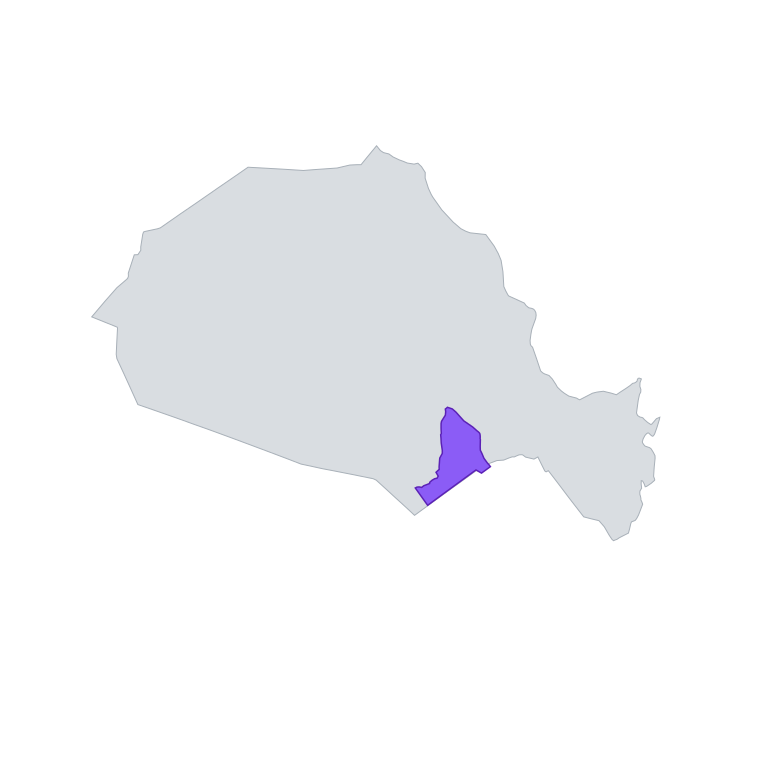 Tassara, Tahoua, Niger shown in context, rotated 234°
{"feature_id": "23599985B43997741220428", "entity_name": "Tassara", "entity_type": "district", "adm_level": 2, "iso_a3": "NER", "parent_name": "Niger", "parent_adm1": "Tahoua", "projection": "orthographic", "projection_center": [5.154, 17.489], "detail": "fine", "context": "in_parent", "style": "filled", "palette": "violet", "viewbox_px": 768, "rotation_deg": 234, "n_neighbors": 0, "source": "geoboundaries", "source_scale": "gbopen_adm2", "svg_char_len": 4001}
<svg xmlns="http://www.w3.org/2000/svg" viewBox="0 0 768 768"><g transform="rotate(234 384 384)"><path d="M581.1,518.0L575.0,518.3L571.5,519.6L567.2,523.2L562.3,524.8L556.3,528.1L552.6,530.6L549.1,532.7L544.2,537.6L542.7,541.2L537.8,542.1L530.9,541.7L526.4,538.3L516.1,534.9L509.5,533.6L506.4,533.3L490.9,533.1L474.3,535.1L465.9,537.1L464.4,537.5L459.6,539.9L455.7,542.5L445.1,554.2L430.8,554.2L422.3,553.1L415.2,551.4L404.9,546.2L392.4,538.2L387.6,537.2L383.2,536.6L381.8,536.7L367.0,545.1L364.1,545.0L360.6,545.9L358.3,548.0L356.6,549.0L354.9,549.2L352.5,548.8L350.2,547.5L347.9,545.3L341.7,536.2L340.4,534.7L337.8,532.0L333.4,527.8L330.4,525.9L328.6,525.4L326.4,525.8L314.5,522.2L302.5,518.4L299.9,518.9L298.0,519.7L293.9,522.5L289.1,523.1L282.9,522.8L279.5,522.4L274.0,523.4L270.4,524.5L265.6,526.4L259.4,531.5L257.7,532.2L256.2,533.0L254.0,547.3L252.3,551.5L249.2,557.2L243.0,562.5L238.7,565.7L238.6,570.1L238.2,577.3L238.1,582.3L238.4,585.5L237.7,587.0L237.4,588.4L237.6,590.5L238.6,591.5L239.2,592.9L238.8,593.9L236.8,595.2L234.6,591.9L231.7,589.6L228.6,588.6L226.5,586.9L225.4,584.6L221.4,580.1L212.1,571.2L211.1,571.0L209.5,570.6L206.9,571.6L205.2,573.1L204.1,573.6L202.3,573.7L197.9,574.7L194.3,576.1L194.2,577.3L195.8,584.0L195.0,587.6L193.4,585.9L188.3,579.1L184.8,574.0L184.2,572.9L183.7,571.2L184.0,570.4L185.5,569.9L188.7,569.3L189.3,568.8L189.5,567.4L189.0,564.9L187.3,561.4L185.4,559.0L184.4,558.6L182.4,558.5L180.3,558.7L176.3,561.5L174.5,562.0L170.4,561.7L166.7,561.1L164.5,559.6L158.0,553.8L150.8,547.8L147.7,546.9L147.0,546.3L146.6,541.7L146.8,536.3L147.3,534.9L150.3,535.8L153.5,536.2L154.6,535.3L152.0,533.3L148.3,531.2L147.0,528.2L145.9,527.2L144.3,526.1L142.4,525.5L140.5,524.6L139.2,523.7L137.0,523.3L134.7,522.6L131.5,517.7L128.4,512.9L126.6,509.2L126.0,506.9L127.0,503.2L126.1,501.7L122.6,497.7L119.7,494.1L120.6,488.6L121.3,484.0L121.4,481.1L121.9,479.5L122.3,477.6L124.3,477.1L129.3,477.3L139.0,478.3L146.9,477.6L147.3,477.4L152.9,472.6L159.1,467.5L168.3,467.2L178.2,466.9L186.0,466.7L197.4,466.5L206.6,466.3L217.3,466.0L217.6,463.6L218.3,463.1L219.3,463.0L227.1,464.3L234.5,465.6L235.1,461.2L241.6,455.6L245.2,454.5L246.1,453.5L247.3,451.6L248.0,448.7L248.4,446.6L249.7,444.9L250.7,441.7L252.1,436.1L255.7,430.3L257.9,422.4L258.2,414.7L258.6,408.8L259.7,407.7L259.7,397.3L259.7,386.9L259.8,378.1L259.8,367.1L259.8,357.5L259.8,347.1L259.8,337.7L259.8,331.5L267.2,330.1L274.7,328.6L285.8,326.3L297.7,323.9L310.8,321.2L313.7,319.6L323.5,310.6L327.9,306.6L336.6,298.5L343.4,292.2L351.9,284.2L360.9,276.2L368.0,269.8L379.3,262.5L396.2,251.4L413.0,240.3L429.7,229.2L446.4,218.0L462.9,206.7L479.4,195.5L495.7,184.2L512.0,172.8L529.0,176.3L545.2,179.6L561.5,182.8L565.4,184.8L574.4,192.0L585.9,201.3L586.4,201.5L586.9,201.5L597.0,195.2L610.1,187.0L615.0,207.1L618.9,224.5L619.8,235.7L620.1,238.6L621.3,240.5L624.0,242.3L635.3,257.9L633.3,260.9L635.1,265.8L637.9,267.8L647.0,276.9L648.3,278.8L647.9,280.3L642.7,292.0L641.8,294.8L641.5,309.4L641.3,319.6L640.9,333.7L640.5,350.6L640.2,364.8L639.7,383.6L639.3,401.4L631.0,411.6L616.2,429.7L604.1,444.3L598.1,454.1L586.3,473.0L581.2,485.1L577.0,491.5L574.9,494.3L577.2,502.9L581.1,518.0Z" fill="#d9dde1" stroke="#a8b0b8" stroke-width="1"/><path d="M297.0,430.5L307.2,426.9L313.8,426.2L318.9,425.7L323.7,424.6L325.0,423.7L327.9,421.6L327.7,420.4L327.7,418.9L325.3,417.6L322.7,415.3L321.1,411.3L320.0,408.6L318.4,406.9L315.0,404.4L313.1,403.1L310.3,401.3L309.6,400.0L306.9,398.4L302.6,395.6L296.1,392.2L293.6,390.4L291.3,385.6L290.3,384.7L284.5,379.8L282.5,378.5L282.0,374.2L277.6,373.7L276.6,371.5L277.6,369.3L277.9,366.2L277.6,363.2L276.7,362.4L278.3,356.4L278.2,353.7L280.1,351.9L281.2,350.1L281.5,348.2L260.2,348.0L260.3,367.1L260.4,407.9L254.6,410.5L254.6,421.5L256.9,421.5L259.2,421.2L265.2,421.2L270.3,422.4L273.8,423.0L275.0,423.8L276.9,425.1L279.4,427.0L282.4,429.3L283.7,429.9L284.4,430.6L286.3,431.8L287.7,432.4L288.5,432.4L289.8,432.2L291.5,431.7L297.0,430.5Z" fill="#8b5cf6" stroke="#5b21b6" stroke-width="1.5"/></g></svg>